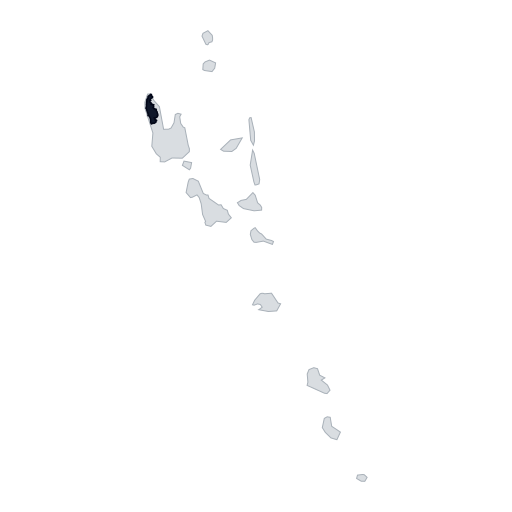 location of North West Santo, Sanma, Vanuatu
{"feature_id": "77236927B11778048532769", "entity_name": "North West Santo", "entity_type": "district", "adm_level": 2, "iso_a3": "VUT", "parent_name": "Vanuatu", "parent_adm1": "Sanma", "projection": "mercator", "projection_center": [166.62, -14.862], "detail": "fine", "context": "in_parent", "style": "filled", "palette": "ink", "viewbox_px": 512, "rotation_deg": 0, "n_neighbors": 0, "source": "geoboundaries", "source_scale": "gbopen_adm2", "svg_char_len": 6007}
<svg xmlns="http://www.w3.org/2000/svg" viewBox="0 0 512 512"><path d="M159.4,106.7L163.6,129.3L168.6,129.2L171.1,128.0L174.0,122.8L175.3,114.5L177.9,113.3L181.1,114.2L179.7,116.8L180.7,123.4L183.2,127.1L184.8,127.8L188.2,145.2L189.4,148.8L189.3,151.7L182.3,158.2L172.0,158.0L164.7,161.9L160.2,161.7L160.3,157.3L156.3,153.8L151.8,146.3L152.9,133.0L145.0,108.3L144.9,102.2L147.6,94.1L150.3,93.8L153.9,100.5L159.4,106.7ZM203.3,193.5L206.4,195.0L208.0,195.0L209.0,198.4L218.5,205.0L221.1,204.8L223.3,208.5L227.3,210.3L228.4,214.1L231.3,217.8L226.2,222.4L216.5,221.2L210.9,226.4L205.8,225.1L204.9,222.3L205.6,221.4L202.6,214.5L201.2,203.8L199.2,197.6L197.0,194.9L192.4,197.2L190.5,197.6L186.1,192.5L188.2,182.1L189.3,179.1L192.9,178.5L198.3,181.2L203.3,193.5ZM330.0,390.2L327.0,393.6L324.4,393.2L307.1,385.4L307.9,382.2L307.2,374.0L309.0,369.6L313.8,367.7L317.5,368.7L319.7,375.2L324.9,377.9L321.3,380.1L327.5,385.1L330.0,390.2ZM271.5,293.2L278.0,303.0L280.6,303.8L276.7,310.9L268.4,311.5L258.7,309.7L262.2,307.2L260.4,304.5L257.5,303.9L254.1,305.2L252.5,304.8L254.7,300.2L260.1,293.8L261.7,293.3L263.1,293.3L264.6,293.8L271.5,293.2ZM261.6,210.1L254.1,210.8L243.5,208.6L239.2,205.6L237.4,202.7L241.1,200.4L246.3,199.4L252.9,192.6L255.2,195.2L257.6,202.8L260.3,205.1L261.7,207.5L261.6,210.1ZM340.4,432.1L336.9,439.7L330.9,437.9L325.3,432.4L322.3,427.6L324.3,418.4L327.2,416.8L330.2,417.3L331.7,426.3L340.4,432.1ZM256.1,184.9L255.0,185.0L253.9,181.9L250.2,165.1L252.6,150.1L254.2,153.3L259.7,179.6L259.0,183.9L256.1,184.9ZM271.5,240.5L273.5,241.5L272.4,244.4L263.4,241.1L256.1,242.4L254.0,242.2L251.9,239.6L250.3,234.4L251.0,230.7L254.1,228.2L255.2,227.7L257.5,230.9L259.6,233.0L261.6,234.0L266.2,239.1L271.5,240.5ZM236.2,148.3L231.8,151.5L223.6,151.2L220.6,149.4L230.6,139.9L242.2,137.9L236.2,148.3ZM214.7,68.2L212.0,71.6L204.5,70.5L202.8,69.6L203.2,63.9L205.1,61.9L209.5,60.1L215.6,62.9L214.7,68.2ZM208.4,44.1L207.4,44.8L205.9,44.3L202.0,36.1L203.0,33.3L207.9,30.7L212.2,35.3L212.6,37.8L212.6,40.0L211.9,41.8L209.0,42.6L208.4,44.1ZM254.5,141.0L253.4,145.2L250.7,140.3L248.9,119.7L249.7,117.8L251.1,117.6L254.4,132.0L254.5,141.0ZM367.1,477.4L364.8,481.3L361.2,481.2L356.6,478.5L357.5,475.1L362.7,474.5L364.2,474.7L367.1,477.4ZM190.6,168.1L189.4,169.8L182.4,165.4L184.0,161.1L191.6,162.6L190.6,168.1Z" fill="#d9dde1" stroke="#a8b0b8" stroke-width="1"/><path d="M152.4,97.4L152.6,97.3L152.7,97.1L152.6,96.8L152.2,96.8L152.2,96.7L152.3,96.4L152.2,96.3L152.1,96.1L151.8,96.0L151.7,95.9L151.4,95.9L151.3,95.5L151.4,95.3L151.4,95.1L151.1,95.0L151.1,94.9L151.0,94.7L151.2,94.4L150.9,94.3L150.7,94.3L150.4,94.7L150.3,94.8L150.1,94.8L150.0,95.0L149.9,95.2L149.7,95.3L149.4,95.4L149.3,95.5L149.2,95.5L148.9,95.8L148.8,96.0L148.7,96.1L148.4,96.1L148.3,96.3L148.2,96.3L148.1,96.5L148.0,96.8L147.9,97.0L148.1,97.2L148.0,97.5L148.0,97.8L148.2,98.0L148.0,98.3L147.9,98.3L147.8,98.5L147.7,98.4L147.5,98.6L147.4,98.7L147.1,99.1L147.1,99.3L146.9,99.4L146.9,99.5L146.8,99.9L146.8,100.0L146.9,100.4L146.9,100.5L146.8,100.9L146.7,101.0L146.7,101.4L146.8,101.4L146.7,101.5L146.8,101.7L146.8,101.8L146.8,102.0L146.7,102.0L146.6,102.3L146.6,102.5L146.5,102.8L146.7,103.0L146.7,103.4L146.7,103.5L146.6,103.8L146.4,104.0L146.4,104.3L146.6,104.7L146.4,105.0L146.5,105.2L146.5,105.6L146.5,106.4L146.3,107.1L146.3,107.3L146.2,107.3L146.2,107.5L146.1,107.8L145.9,108.1L146.0,108.2L146.1,108.3L146.2,108.5L146.3,108.6L146.6,109.1L146.7,109.5L146.8,109.5L146.7,109.5L146.8,110.0L146.8,110.3L147.1,111.0L147.2,111.5L147.3,111.5L147.2,111.5L147.4,112.1L147.7,112.5L147.7,112.8L147.9,113.4L147.9,113.6L147.9,113.9L148.0,113.9L148.1,114.0L148.2,114.5L148.3,114.8L148.5,115.2L148.5,115.3L148.4,115.4L148.5,115.4L148.6,115.7L148.9,115.9L149.1,116.2L149.3,116.5L149.7,117.1L149.9,117.4L150.2,117.9L150.3,118.3L150.2,118.6L150.4,119.0L150.6,119.9L150.6,120.3L150.6,120.5L150.6,120.8L150.6,121.0L150.7,121.3L150.7,121.5L150.7,121.8L150.6,122.0L150.8,122.7L150.9,123.2L151.1,123.4L151.3,123.9L151.7,123.9L151.8,123.8L152.0,123.7L152.4,123.5L152.7,123.2L152.8,123.1L153.1,123.1L153.4,123.2L153.5,123.2L153.8,123.4L154.1,123.3L154.0,123.1L154.4,122.9L154.5,122.9L155.0,122.8L155.2,122.7L155.3,122.4L155.5,122.3L155.9,122.1L155.8,121.7L155.7,121.4L155.9,121.2L156.1,121.1L156.2,120.8L156.3,120.8L156.5,120.8L156.6,120.7L156.6,120.4L156.5,120.2L156.2,120.0L155.8,120.0L155.5,120.2L155.3,120.2L155.2,120.2L155.1,119.8L155.2,119.5L155.3,119.5L155.2,119.4L154.9,119.3L154.9,119.2L154.7,119.2L154.6,118.8L154.5,118.7L154.4,118.6L154.4,118.4L154.4,118.2L154.3,117.9L154.5,117.9L154.7,117.7L154.8,117.7L155.0,117.7L155.3,117.8L155.3,118.1L155.5,118.0L155.7,117.9L155.8,117.8L155.9,117.7L156.0,117.6L156.3,117.5L156.5,117.4L156.8,117.2L157.0,117.0L157.1,116.9L157.2,116.7L157.3,116.7L157.4,116.4L157.5,116.2L157.7,115.9L157.4,115.7L157.6,115.5L157.6,115.4L157.8,115.1L157.8,114.9L157.8,114.6L157.8,114.1L157.6,113.9L157.5,113.7L157.4,113.4L157.3,113.2L157.2,112.8L157.2,112.2L157.0,111.8L157.0,111.7L156.9,111.6L156.8,111.4L156.7,111.3L156.5,111.1L156.3,110.8L156.3,110.6L156.3,110.4L156.2,110.0L156.3,109.7L156.1,109.5L156.1,109.2L155.9,109.1L155.7,109.1L155.7,109.3L155.4,109.4L155.2,109.5L154.9,109.4L154.8,109.2L154.7,109.3L154.6,109.2L154.4,108.8L154.4,108.7L154.2,108.7L154.2,108.8L153.8,108.7L153.8,108.4L153.5,108.2L153.4,108.2L153.2,108.0L153.1,107.8L153.0,107.6L153.1,107.4L153.6,107.2L153.6,106.9L153.7,106.5L153.6,106.4L153.5,106.2L153.6,105.8L153.5,105.1L153.7,104.8L153.4,104.7L153.2,104.8L153.0,104.7L152.5,104.7L152.4,104.5L152.2,104.6L151.9,104.6L151.8,104.4L151.4,104.3L151.5,104.2L151.4,104.2L151.2,104.0L151.2,103.9L151.2,103.7L151.2,103.3L151.1,103.1L151.1,102.9L150.8,102.7L150.7,102.5L150.4,102.5L150.2,102.3L149.9,102.1L150.0,101.7L149.9,101.4L149.7,101.2L149.8,101.0L150.1,100.8L150.2,100.6L150.0,100.4L150.0,100.2L150.1,99.9L150.3,99.9L150.2,99.8L150.3,99.7L150.3,99.3L150.4,99.2L150.6,98.9L151.0,98.5L151.0,98.4L151.4,98.2L151.6,98.1L151.9,97.9L152.0,97.7L152.3,97.6L152.4,97.4Z" fill="#0f172a" stroke="#020617" stroke-width="1.5"/></svg>